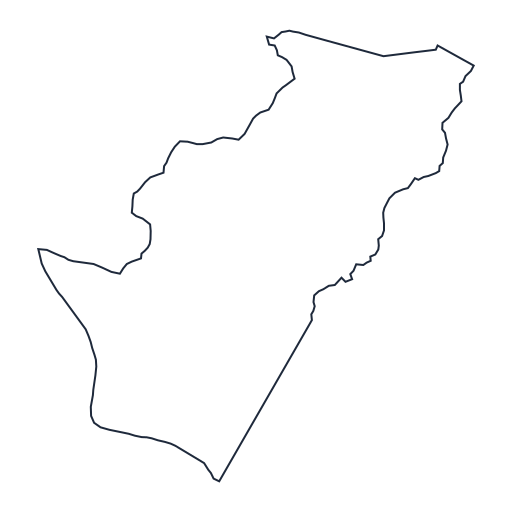 Jatobá do Piauí, Piauí, Brazil
{"feature_id": "56859067B34195907990870", "entity_name": "Jatobá do Piauí", "entity_type": "district", "adm_level": 2, "iso_a3": "BRA", "parent_name": "Brazil", "parent_adm1": "Piauí", "projection": "mercator", "projection_center": [-41.919, -4.852], "detail": "fine", "context": "isolated", "style": "outline", "palette": "slate", "viewbox_px": 512, "rotation_deg": 0, "n_neighbors": 0, "source": "geoboundaries", "source_scale": "gbopen_adm2", "svg_char_len": 2297}
<svg xmlns="http://www.w3.org/2000/svg" viewBox="0 0 512 512"><path d="M219.2,481.3L308.8,325.5L311.9,320.1L311.3,314.3L313.3,311.0L314.7,306.2L313.5,302.1L314.2,295.4L318.9,291.2L323.4,289.2L328.8,285.8L334.8,285.0L338.4,281.1L341.5,277.7L345.5,281.8L352.1,279.2L350.3,274.1L353.5,270.8L356.2,264.3L363.3,265.0L366.7,262.6L370.7,260.8L370.3,256.6L375.3,254.5L378.3,249.5L378.8,245.6L378.2,239.2L382.1,236.0L384.0,230.4L384.0,223.4L383.4,217.5L383.2,212.7L384.4,208.0L386.8,203.3L389.4,198.3L395.0,192.7L403.1,189.3L407.9,188.1L411.1,183.8L414.9,178.2L418.4,179.8L423.7,177.0L428.3,176.0L435.8,173.1L439.2,171.1L439.6,165.9L442.8,163.1L443.2,157.5L446.0,150.7L447.6,144.5L446.0,138.3L445.0,132.8L442.2,129.4L442.5,122.8L448.4,117.9L451.7,112.5L454.9,108.3L461.5,101.3L460.8,95.6L459.9,89.9L459.9,83.9L463.1,81.7L465.5,76.1L470.9,71.0L473.7,65.6L437.6,45.5L435.8,49.7L426.1,50.9L414.4,52.3L383.5,56.2L326.6,40.6L305.6,34.8L298.8,32.5L293.0,31.6L289.4,30.7L285.6,31.5L281.6,32.1L278.8,34.6L274.0,38.4L266.8,36.6L269.1,44.6L274.7,45.5L276.9,50.3L277.8,55.3L282.0,57.1L286.6,59.9L291.6,66.4L292.6,72.0L294.6,78.7L285.8,85.3L282.6,87.5L276.6,93.4L274.8,98.2L272.8,103.1L268.6,109.7L260.3,112.5L256.1,115.6L253.1,118.6L249.7,124.8L244.6,133.9L238.6,139.7L232.3,138.5L223.2,137.5L217.2,139.1L211.3,142.5L202.8,144.1L196.7,144.1L193.1,143.1L187.6,141.7L180.0,141.3L174.8,146.7L171.2,152.2L168.2,158.2L166.5,162.7L164.1,166.1L163.5,172.7L158.2,174.5L154.7,175.8L150.3,177.4L145.1,182.2L140.0,188.7L137.2,191.6L133.8,193.5L132.7,199.6L132.4,206.4L131.8,212.7L136.2,216.1L142.7,218.6L150.1,224.4L150.7,231.0L150.5,239.3L149.7,244.1L147.7,247.7L144.7,250.9L141.5,253.6L141.0,258.4L131.8,261.6L126.8,264.0L123.2,268.4L119.9,273.7L111.4,271.9L101.9,267.5L93.6,264.0L73.2,261.2L68.4,259.8L64.4,257.2L60.7,256.0L55.3,253.7L51.9,252.2L46.9,249.9L38.3,249.1L41.7,263.5L45.3,271.3L56.5,290.0L59.0,293.5L62.1,296.9L85.7,329.3L88.5,335.9L90.7,342.0L92.2,348.0L94.5,354.9L95.9,359.7L96.3,366.6L95.4,375.4L93.3,389.8L92.9,395.2L90.8,406.8L91.1,415.9L94.1,422.8L100.5,427.3L109.4,429.8L121.6,432.3L128.8,433.8L134.9,435.7L141.7,437.1L146.7,437.3L151.7,438.3L157.9,440.3L164.9,441.9L170.6,443.6L175.4,445.8L204.1,463.1L208.3,469.8L210.9,473.0L213.6,478.6L219.2,481.3Z" fill="none" stroke="#1e293b" stroke-width="2"/></svg>